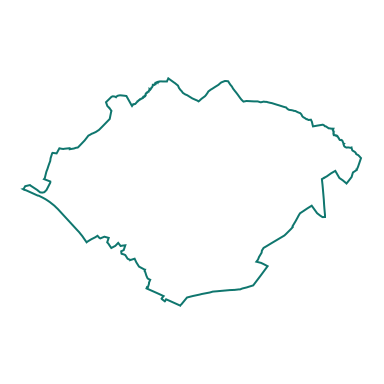 Cēres pag., Kandavas, Latvia (orthographic projection)
{"feature_id": "27541924B40515635146837", "entity_name": "Cēres pag.", "entity_type": "district", "adm_level": 2, "iso_a3": "LVA", "parent_name": "Latvia", "parent_adm1": "Kandavas", "projection": "orthographic", "projection_center": [22.846, 57.111], "detail": "fine", "context": "isolated", "style": "outline", "palette": "teal", "viewbox_px": 384, "rotation_deg": 0, "n_neighbors": 0, "source": "geoboundaries", "source_scale": "gbopen_adm2", "svg_char_len": 5740}
<svg xmlns="http://www.w3.org/2000/svg" viewBox="0 0 384 384"><path d="M165.0,301.2L166.1,299.3L167.0,299.7L169.1,300.6L180.2,305.6L180.3,305.3L181.5,304.2L187.0,297.5L192.9,296.0L199.5,294.6L201.8,294.0L209.8,292.5L212.8,291.6L216.6,291.3L229.7,290.1L234.6,289.9L238.8,289.4L240.1,289.4L242.3,288.5L246.8,287.4L248.6,286.8L253.2,285.4L260.8,275.4L267.6,266.2L263.8,264.2L261.1,262.9L256.4,261.7L258.0,259.6L259.1,256.8L259.2,256.7L261.6,252.7L261.9,250.6L263.6,247.9L266.5,246.2L271.1,243.4L284.4,235.5L286.2,233.8L291.1,228.9L292.8,227.0L292.5,226.3L295.4,221.5L297.5,217.7L298.6,215.6L300.0,213.3L307.5,208.3L311.7,205.7L317.1,213.2L320.2,215.6L322.5,217.1L325.0,217.0L325.0,215.1L324.4,208.5L324.1,204.6L323.8,199.6L322.8,188.0L322.5,184.7L321.9,179.3L321.9,179.1L323.7,178.2L323.9,178.1L324.1,178.0L324.0,177.8L326.6,176.5L331.1,173.3L333.0,172.2L335.3,170.9L339.4,178.0L342.3,180.0L342.5,180.1L345.6,182.7L345.9,182.9L346.5,183.5L347.5,182.3L351.6,177.0L352.7,173.2L353.0,172.4L354.3,171.6L356.8,169.9L356.7,169.6L356.8,169.6L358.1,166.6L361.0,158.1L360.9,158.0L359.2,156.1L358.2,155.1L356.9,154.5L356.3,154.0L356.0,153.8L355.9,153.3L355.6,152.7L354.9,152.0L353.5,151.1L352.7,150.7L352.3,150.3L351.9,149.0L351.7,148.5L351.6,148.2L351.5,147.5L350.5,147.8L348.1,147.4L346.5,147.6L346.2,147.5L344.7,146.7L344.0,145.8L343.8,145.0L343.5,144.2L344.0,143.7L343.5,143.5L343.1,142.6L342.4,140.8L341.6,140.0L341.2,140.2L339.7,139.9L339.2,139.1L339.2,138.9L338.9,138.5L338.9,138.3L338.4,137.8L337.6,136.3L337.3,136.0L337.0,136.1L336.8,135.6L336.5,135.5L336.4,135.7L336.0,135.8L335.5,135.4L335.3,135.2L334.7,135.3L333.8,135.2L333.7,134.7L333.8,134.2L333.5,134.1L333.4,133.4L333.5,132.4L333.8,132.0L333.5,131.8L333.2,131.1L333.3,130.6L333.1,130.4L333.2,130.2L332.7,129.8L332.7,129.4L332.8,129.1L333.2,128.9L333.3,128.7L330.7,128.6L329.6,128.3L328.7,128.3L325.9,126.4L324.8,126.2L324.3,125.5L322.8,124.7L317.4,125.6L313.0,126.4L312.7,125.3L311.9,121.8L310.9,119.7L308.5,120.0L306.9,119.1L306.4,119.2L304.6,117.9L303.4,117.3L302.3,116.3L301.4,114.4L300.2,113.1L299.5,112.9L297.5,112.1L295.4,111.0L293.6,110.8L293.1,110.5L291.2,110.1L290.0,110.0L288.7,109.7L288.2,109.4L286.9,108.4L286.2,107.5L283.6,106.8L278.6,105.2L277.2,104.8L271.8,103.1L270.1,102.8L268.0,102.3L266.7,101.9L264.7,101.8L263.8,101.6L260.8,102.3L260.0,102.1L258.4,101.6L257.6,101.4L254.1,101.4L246.5,101.0L243.5,101.6L242.9,101.1L241.4,99.6L240.0,97.8L237.8,94.7L236.2,92.6L234.8,90.9L233.9,89.7L233.1,88.7L231.8,86.4L231.0,85.5L230.2,84.5L228.9,82.5L228.2,81.3L226.8,81.1L224.9,81.0L221.3,82.4L219.8,83.6L218.5,84.8L214.8,87.1L212.2,88.8L210.8,89.6L208.3,91.5L207.7,92.6L206.1,94.9L205.0,96.2L201.6,98.7L200.6,99.6L199.1,101.0L198.5,101.4L197.7,100.8L196.7,100.3L195.7,99.9L192.3,98.4L189.9,96.9L187.2,95.2L185.2,94.4L182.8,92.8L181.7,91.2L180.5,90.0L179.0,88.0L178.0,85.6L177.0,84.8L174.8,83.0L174.3,82.7L168.3,78.4L166.9,81.5L159.7,81.4L159.5,81.5L158.4,82.2L158.1,81.8L157.8,82.0L157.7,82.4L157.4,82.0L156.6,82.3L156.4,82.8L155.8,82.8L155.8,83.3L155.4,83.2L155.3,84.1L154.9,84.0L154.6,84.7L154.4,84.9L153.4,84.7L153.2,85.1L152.8,85.0L152.7,85.8L152.6,86.1L152.3,86.8L151.8,87.6L151.4,87.7L151.1,88.3L150.7,89.2L150.2,89.3L150.1,89.6L149.5,89.1L149.5,89.7L148.8,90.8L148.8,91.1L148.8,91.5L148.3,91.6L147.9,92.1L147.7,92.1L147.5,92.4L147.2,92.3L146.9,92.9L146.4,93.0L146.1,93.5L145.8,93.6L145.6,94.1L145.6,94.5L145.4,95.0L145.7,95.2L145.7,95.4L145.4,95.8L145.0,95.9L145.0,96.1L144.7,96.1L144.6,96.5L144.3,96.6L144.2,96.4L143.9,96.7L143.5,96.6L143.3,96.7L143.2,97.3L143.3,97.4L142.9,97.6L142.9,97.8L142.7,97.8L142.6,98.1L142.1,98.3L141.8,98.4L141.8,98.5L141.3,98.6L140.9,98.9L141.0,99.0L140.7,99.2L140.0,99.3L140.0,99.6L139.3,100.1L139.1,100.0L138.8,100.2L138.3,100.8L138.2,100.8L137.8,101.3L137.6,101.3L137.6,101.5L137.3,101.7L135.9,103.2L135.7,103.5L135.1,104.0L134.6,104.0L134.2,104.1L134.0,104.3L133.5,104.2L133.5,104.3L132.6,105.1L132.0,106.0L131.8,105.7L130.3,103.0L126.5,96.2L126.4,96.0L124.2,95.7L120.4,95.3L119.2,95.4L117.6,95.8L116.3,96.7L116.0,97.2L115.1,96.7L114.4,96.5L112.8,96.3L111.5,96.8L106.0,102.2L107.3,105.9L109.4,108.2L109.5,108.1L111.4,110.9L111.3,111.0L109.7,119.0L102.3,126.6L99.0,129.9L95.8,132.0L93.4,133.1L92.5,133.5L91.8,133.7L90.0,134.8L88.4,135.6L85.7,139.1L84.6,140.5L78.0,147.4L77.4,147.6L75.9,147.8L74.0,148.5L69.7,149.2L69.6,148.2L64.1,148.8L63.3,149.0L61.2,148.7L59.4,148.3L56.6,153.4L52.9,152.9L52.5,152.9L52.3,153.1L52.1,153.5L50.6,158.2L50.2,161.1L49.2,163.7L48.3,166.3L47.4,169.1L46.6,171.1L46.3,172.0L44.8,178.0L44.7,178.2L44.0,179.1L50.3,181.5L50.3,182.6L46.5,190.0L44.3,192.2L42.4,192.6L40.2,192.4L39.2,191.6L38.0,190.7L37.8,190.5L37.7,190.3L30.1,185.3L30.0,185.1L29.8,185.1L25.2,186.2L24.5,187.4L24.3,187.8L23.9,188.5L23.6,188.9L23.4,189.0L23.0,189.1L24.2,189.8L26.1,190.3L37.8,195.6L38.5,195.6L41.0,196.8L42.4,197.5L44.8,198.8L46.3,199.7L48.7,201.3L50.0,202.2L51.1,203.1L53.4,204.9L54.5,205.8L55.6,206.9L57.8,209.0L77.1,230.0L79.1,232.1L79.8,233.0L81.0,234.5L82.0,235.7L82.8,236.8L83.6,238.0L86.6,242.3L87.3,241.7L91.4,239.2L95.2,237.3L97.5,235.8L99.5,238.0L100.3,238.4L104.4,236.7L108.7,237.9L107.2,242.3L108.8,244.2L109.1,244.8L111.3,248.0L114.7,246.2L115.3,245.9L118.2,242.9L120.6,246.0L122.5,245.6L125.3,245.3L123.7,250.1L121.2,251.3L121.4,253.2L121.6,253.8L123.8,254.4L125.3,255.1L127.6,258.7L128.5,259.2L130.2,259.8L130.2,260.1L134.6,258.7L136.3,262.3L139.0,266.6L144.4,269.5L144.8,269.8L145.0,269.8L144.6,271.0L144.9,271.5L145.3,272.2L146.3,275.5L146.7,276.4L147.4,278.0L148.0,278.7L150.2,279.8L150.1,280.0L149.0,282.7L149.0,283.7L147.9,287.2L147.1,287.0L146.5,288.4L157.1,293.1L160.6,294.7L163.6,296.1L162.1,297.9L161.6,298.7L162.0,299.2L164.8,301.3L164.9,301.2L165.0,301.2Z" fill="none" stroke="#0f766e" stroke-width="2"/></svg>